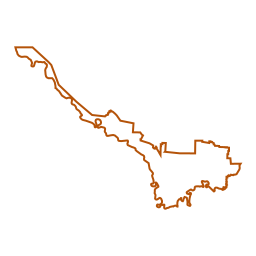 Las Cruces, Petén, Guatemala
{"feature_id": "79465075B61221719902426", "entity_name": "Las Cruces", "entity_type": "district", "adm_level": 2, "iso_a3": "GTM", "parent_name": "Guatemala", "parent_adm1": "Petén", "projection": "natural_earth1", "projection_center": [-90.704, 16.86], "detail": "fine", "context": "isolated", "style": "outline", "palette": "amber", "viewbox_px": 256, "rotation_deg": 0, "n_neighbors": 0, "source": "geoboundaries", "source_scale": "gbopen_adm2", "svg_char_len": 5793}
<svg xmlns="http://www.w3.org/2000/svg" viewBox="0 0 256 256"><path d="M32.5,47.3L15.4,47.3L16.3,50.7L17.0,52.0L17.5,54.0L18.7,55.6L20.6,56.6L21.8,56.9L24.8,56.6L26.7,56.8L27.5,57.3L29.1,58.9L30.7,59.8L32.0,62.6L32.0,63.3L31.4,65.3L31.4,65.9L31.7,66.2L32.9,66.5L33.6,66.3L34.0,65.8L35.0,62.4L35.5,61.7L36.3,61.4L37.1,61.4L38.8,62.1L40.2,61.9L42.8,62.3L44.2,62.0L44.8,62.5L45.4,63.5L46.5,64.1L46.9,64.9L46.9,65.5L46.7,67.0L45.7,68.5L45.2,70.1L45.6,74.5L46.1,76.5L46.8,77.4L48.4,78.2L52.2,78.2L53.4,79.6L54.8,82.4L55.5,86.1L55.5,88.1L56.4,88.5L57.2,89.6L59.1,91.2L62.0,95.6L65.2,97.7L66.5,98.3L68.5,97.7L70.0,97.8L70.7,97.9L71.8,98.8L72.0,100.2L71.6,102.5L71.6,103.1L71.9,103.8L72.4,104.3L74.0,104.8L75.1,105.8L75.7,106.6L76.4,108.8L77.0,109.4L78.7,110.5L79.2,111.0L80.3,112.4L80.6,113.4L81.8,114.6L81.9,115.4L80.4,116.5L80.1,117.0L80.3,117.7L81.5,119.2L82.8,119.9L85.9,120.7L91.9,122.8L93.4,123.8L94.2,124.6L94.5,125.3L94.8,127.0L95.2,127.3L95.9,127.1L96.4,126.1L96.6,125.3L96.5,124.4L95.6,121.7L95.6,120.8L95.9,119.9L96.5,119.4L98.0,119.2L99.4,119.6L100.2,120.2L100.7,121.1L101.0,122.1L101.0,123.0L100.4,124.2L98.5,125.2L97.9,125.7L97.6,126.7L97.7,127.2L98.1,127.7L98.6,127.8L101.2,126.9L104.1,127.6L104.7,128.0L105.0,128.5L105.1,129.0L104.8,131.1L104.8,131.6L105.1,132.2L106.0,133.3L106.4,135.2L106.8,135.7L107.2,135.9L107.9,135.9L110.9,135.3L113.2,135.0L114.9,135.5L117.6,137.8L117.9,138.3L118.3,140.4L118.6,140.7L119.2,140.9L121.2,141.1L126.8,140.5L127.6,140.5L127.9,140.9L128.0,141.5L127.9,142.3L127.4,143.6L127.6,144.7L127.8,145.1L131.9,147.0L133.6,147.5L135.1,148.2L135.5,148.7L135.6,150.0L136.7,151.1L141.4,154.5L143.0,155.2L143.9,155.9L144.3,157.2L144.0,158.7L144.1,159.8L144.4,160.2L148.6,163.1L149.6,168.8L150.4,170.0L151.9,171.7L152.9,173.1L152.9,174.1L152.2,175.3L152.1,175.8L152.5,177.2L153.3,179.5L153.6,181.1L153.6,182.6L153.4,183.1L153.1,183.5L151.8,183.7L151.3,183.9L151.1,184.7L151.4,185.4L151.8,185.9L152.7,186.3L154.3,186.4L155.1,186.1L155.7,185.5L155.9,184.9L156.0,183.7L155.6,182.7L155.9,182.5L156.4,182.8L157.0,183.5L158.4,186.2L158.3,186.8L156.5,187.9L155.5,188.7L154.8,189.9L154.8,192.0L154.6,193.1L155.4,194.7L155.5,195.3L155.1,198.6L155.6,199.3L156.5,199.6L157.3,199.4L159.4,198.0L159.8,197.9L160.4,198.1L161.1,198.7L161.4,199.3L162.0,200.9L162.0,202.2L161.9,202.8L161.1,203.8L160.1,204.5L158.9,204.8L157.6,204.5L157.2,204.7L156.9,205.4L156.9,206.2L157.2,206.6L157.7,207.0L158.6,207.3L159.4,207.2L160.1,206.7L160.7,205.4L161.2,204.8L161.6,204.8L162.6,205.0L163.8,204.6L164.2,204.7L164.4,205.0L164.2,206.4L164.2,207.8L164.5,208.4L165.1,208.7L165.7,208.7L166.8,208.1L168.6,207.7L169.9,206.9L172.8,206.3L173.2,206.5L174.2,205.9L175.4,205.6L176.4,205.9L177.2,206.6L177.5,206.6L177.6,205.9L177.3,204.7L177.4,202.6L177.7,201.1L179.0,199.4L179.3,199.2L180.4,199.1L180.8,198.1L181.2,198.1L181.0,199.4L181.3,200.2L182.2,201.1L182.8,201.2L183.2,200.6L183.5,199.1L184.6,197.0L186.0,197.4L186.8,197.8L187.5,201.6L187.5,203.0L187.4,204.3L187.5,204.8L187.8,205.1L189.7,205.9L190.0,205.9L190.4,205.4L190.5,204.7L189.4,202.8L189.3,201.1L189.6,198.3L190.3,195.4L191.0,193.9L190.9,193.2L190.4,192.9L189.7,193.0L189.1,194.0L188.5,194.1L187.0,193.5L186.7,192.7L186.8,192.2L187.3,191.7L190.6,189.6L191.3,189.6L192.2,190.3L192.9,190.5L194.2,189.8L194.6,189.0L194.8,187.2L195.3,186.6L196.9,186.3L199.0,186.3L199.7,186.6L201.4,186.2L202.0,186.3L203.1,187.0L203.4,186.9L203.7,186.4L203.6,185.9L201.8,181.9L202.0,181.2L202.7,181.0L205.0,181.7L206.8,181.3L207.4,181.4L208.0,181.9L208.6,182.9L208.7,183.8L208.5,184.3L207.9,184.7L206.9,184.5L206.4,184.7L205.9,186.0L206.1,186.9L206.3,187.2L206.8,187.3L208.1,186.4L208.8,186.5L213.8,191.4L214.3,191.3L214.6,190.9L214.7,190.6L214.7,190.2L214.4,189.7L214.5,189.1L215.2,187.9L215.9,187.6L217.1,187.7L219.1,188.6L221.0,188.9L222.8,189.9L223.7,189.5L223.5,189.4L223.6,189.1L223.2,189.2L223.3,188.9L223.1,188.4L223.5,188.3L223.6,187.1L224.0,187.1L225.1,187.8L225.6,187.8L225.7,187.5L225.8,187.9L226.2,187.6L226.4,185.8L226.6,186.0L226.7,185.2L226.9,185.0L226.6,184.7L226.8,184.6L226.7,183.6L226.5,183.9L226.3,183.8L226.5,183.5L226.2,183.1L226.4,182.6L226.5,183.1L226.7,182.4L226.7,182.2L226.5,181.8L226.7,181.7L226.4,181.3L226.6,181.1L226.5,180.7L226.5,180.4L226.6,180.0L226.3,179.7L226.3,179.3L226.5,179.1L226.5,178.4L226.5,177.1L226.8,177.2L226.7,176.9L227.0,176.7L227.3,176.8L227.4,176.6L227.5,176.8L227.8,176.7L228.2,176.5L228.4,176.3L228.2,176.1L228.8,175.9L228.9,175.6L229.1,175.8L229.3,175.6L229.7,175.9L230.2,175.4L230.5,175.5L230.9,175.1L231.2,175.0L231.2,174.8L233.2,175.2L233.5,175.0L233.6,174.7L234.4,174.6L234.8,174.7L236.5,174.2L239.4,169.4L239.7,168.1L239.5,165.5L240.6,163.7L230.9,163.8L230.4,158.3L227.3,158.2L227.4,154.2L228.2,154.2L228.3,150.9L229.0,150.9L229.0,147.7L226.1,147.5L226.3,147.2L219.6,147.0L219.2,146.9L219.1,146.0L218.7,146.0L217.9,145.9L215.0,145.9L214.5,144.6L213.7,144.4L213.8,143.2L212.1,142.4L212.1,141.9L210.9,141.5L210.8,142.0L209.7,142.1L209.8,141.3L209.3,141.3L209.2,143.0L202.2,141.8L202.3,140.7L195.3,140.7L195.1,153.4L179.5,153.3L164.9,151.8L165.3,151.4L165.8,143.0L162.4,142.9L162.4,144.2L160.8,144.2L161.0,146.2L160.7,146.2L160.5,155.0L159.1,152.6L159.0,152.1L158.5,151.5L156.5,148.3L156.7,147.5L156.0,146.7L155.3,147.6L154.9,148.7L154.3,148.6L153.0,147.5L153.2,145.5L149.5,143.3L140.6,140.5L140.5,139.4L140.9,139.4L143.0,135.4L141.9,134.7L140.2,132.4L132.9,132.3L133.5,123.3L120.4,120.7L116.8,115.5L115.1,113.7L113.0,111.9L111.4,111.0L111.1,111.4L110.9,111.3L110.7,110.8L110.0,111.6L109.9,111.5L109.8,111.8L109.3,111.5L109.2,111.9L109.0,112.1L108.6,112.8L108.2,112.8L108.1,113.1L108.4,113.1L108.5,113.5L108.1,114.2L107.4,114.7L107.5,114.9L106.1,115.2L105.9,115.7L105.0,116.1L104.9,116.4L92.1,115.0L76.6,101.9L58.7,84.8L51.3,65.0L48.6,62.1L32.5,47.3Z" fill="none" stroke="#b45309" stroke-width="2"/></svg>